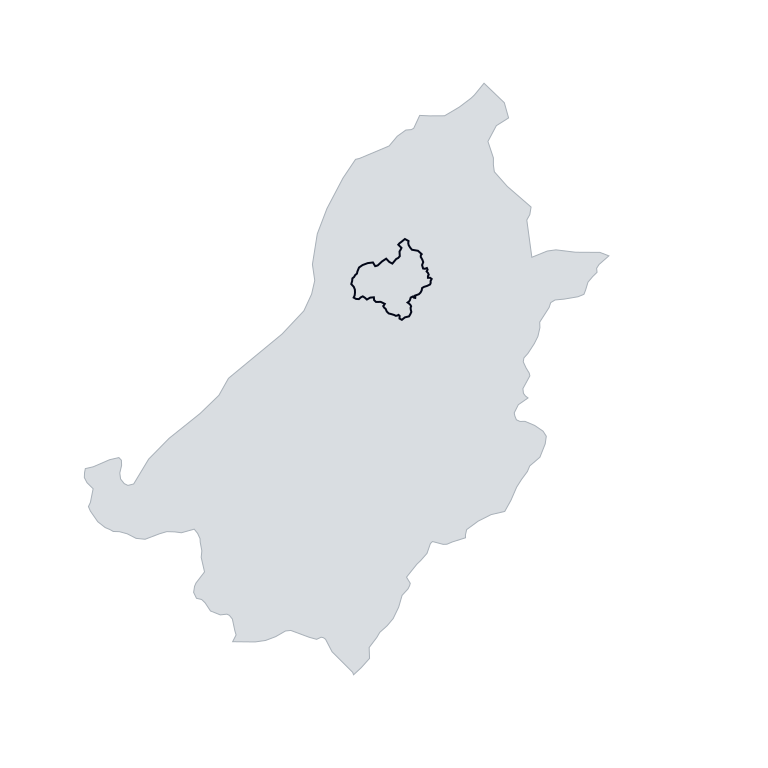 Targovishte highlighted on a map of Bulgaria, rotated 310°
{"feature_id": "BGR-2257", "entity_name": "Targovishte", "entity_type": "Province", "adm_level": 1, "iso_a3": "BGR", "parent_name": "Bulgaria", "parent_adm1": "", "projection": "robinson", "projection_center": [26.357, 43.248], "detail": "fine", "context": "in_parent", "style": "outline", "palette": "ink", "viewbox_px": 768, "rotation_deg": 310, "n_neighbors": 0, "source": "natural_earth", "source_scale": "10m", "svg_char_len": 3686}
<svg xmlns="http://www.w3.org/2000/svg" viewBox="0 0 768 768"><g transform="rotate(310 384 384)"><path d="M626.7,473.9L613.8,471.9L609.3,472.5L606.5,475.4L600.5,474.8L593.1,474.8L585.4,478.1L581.2,479.5L575.5,476.5L564.8,467.4L558.3,461.0L553.5,459.4L548.7,461.3L531.5,463.5L527.4,467.2L519.4,471.3L511.4,473.2L499.9,474.6L493.9,474.4L490.5,476.4L487.7,482.3L485.7,488.2L484.0,490.5L469.7,493.4L466.5,496.8L465.7,500.1L465.9,503.3L454.5,500.2L445.6,502.3L443.6,504.8L441.7,508.4L442.7,512.2L446.0,516.0L449.1,526.1L450.1,536.2L448.3,541.9L441.7,546.0L428.1,550.5L414.9,548.3L409.1,550.1L399.3,550.7L390.3,551.9L376.5,556.0L364.0,558.4L352.8,550.0L339.5,544.3L325.6,540.9L320.7,543.4L318.6,545.3L307.0,537.9L301.7,535.2L299.2,532.4L294.5,522.4L291.6,522.1L281.9,525.8L272.7,525.6L267.0,525.0L250.5,525.4L248.2,532.2L246.1,533.2L242.5,534.1L233.7,533.7L222.4,538.7L210.2,541.8L200.8,541.8L191.0,540.4L185.2,541.4L172.6,542.0L164.5,549.3L152.1,548.9L141.7,547.6L143.0,545.3L145.5,516.3L150.9,503.3L150.7,500.6L149.6,498.6L145.1,496.5L141.9,489.5L135.3,471.0L131.5,467.3L120.8,463.4L111.4,458.1L103.6,451.1L89.3,433.7L96.7,432.0L99.0,428.5L106.5,418.9L107.4,414.2L106.7,411.6L101.9,407.0L98.6,397.0L101.4,387.6L101.7,382.8L99.3,378.1L102.0,372.1L107.3,368.9L110.7,367.9L124.7,367.3L133.7,355.4L139.1,351.7L144.7,344.9L147.3,342.5L149.8,337.2L150.8,331.9L139.8,324.4L136.2,318.7L131.3,312.5L124.8,308.2L111.5,300.8L106.4,293.3L104.2,283.6L100.8,276.2L97.0,271.4L96.3,267.5L94.8,262.7L94.5,253.3L97.9,240.8L100.1,236.4L104.6,235.2L116.8,228.5L117.5,219.9L119.7,214.6L123.6,211.6L127.2,209.6L133.7,214.5L149.5,222.4L157.2,228.2L156.8,231.8L153.0,235.3L146.0,238.8L141.9,243.3L140.7,249.0L141.7,253.0L146.5,256.5L175.2,252.0L204.3,254.3L243.3,262.1L269.2,264.8L288.4,261.2L323.8,267.7L356.8,273.8L388.5,275.6L406.3,270.8L418.8,264.4L429.6,252.3L456.1,236.4L481.8,227.5L515.4,220.2L537.8,217.8L541.0,220.2L569.6,234.9L582.3,234.9L592.6,237.5L596.4,241.4L599.0,242.4L612.7,238.7L618.8,246.7L628.4,258.0L644.6,263.7L659.0,267.0L663.5,267.5L678.7,267.3L676.8,295.4L667.9,308.4L654.1,304.0L636.6,307.7L627.5,322.5L622.2,326.9L617.5,332.1L614.6,351.4L614.1,382.9L607.5,386.8L601.4,388.0L576.1,415.8L590.8,423.6L597.3,429.5L608.1,446.1L623.6,464.8L626.7,473.9Z" fill="#d9dde1" stroke="#a8b0b8" stroke-width="1"/><path d="M470.0,352.6L469.3,351.3L469.7,349.9L467.4,348.9L464.8,350.0L463.2,350.1L461.6,349.7L461.7,351.4L461.6,353.2L461.0,354.8L459.4,355.4L458.0,356.9L456.8,358.6L454.4,359.3L451.9,359.7L448.5,357.2L444.6,356.4L444.1,353.8L446.2,352.2L446.3,350.7L445.0,350.2L443.8,349.2L443.4,347.4L442.3,344.8L441.1,342.3L441.3,339.5L442.6,337.0L442.6,335.0L443.2,333.3L444.5,333.3L445.9,333.1L444.8,328.7L441.7,325.1L441.9,322.5L443.9,320.5L441.3,317.9L437.7,316.6L437.8,314.0L437.5,311.4L435.4,310.5L432.9,310.2L431.2,307.9L430.7,305.2L433.0,304.6L435.4,303.0L437.6,301.0L439.0,298.4L439.5,294.7L442.4,293.4L444.6,291.9L446.8,292.3L448.9,291.9L451.2,292.3L453.1,291.3L457.2,290.0L461.3,291.1L466.1,293.8L470.0,297.4L468.6,301.5L469.7,302.3L470.9,303.0L476.6,303.7L481.4,305.1L480.9,309.6L481.6,313.0L487.6,313.0L489.8,313.9L492.1,313.9L495.5,310.7L497.5,310.4L499.5,309.9L499.9,305.4L501.8,305.4L503.8,305.9L508.5,306.8L509.3,310.9L507.5,312.0L506.2,313.7L505.3,316.4L504.8,319.1L507.9,324.4L507.7,329.4L506.4,329.4L505.0,330.4L503.9,333.4L502.6,335.7L499.6,336.7L497.6,339.7L498.6,341.3L500.4,342.3L499.6,343.9L497.6,344.3L497.4,346.1L496.5,348.0L494.9,348.3L493.6,349.4L495.0,351.0L495.1,353.0L492.8,353.5L491.4,354.8L489.9,355.3L486.9,354.0L484.1,352.2L482.0,351.5L479.9,352.7L477.6,353.2L475.2,353.0L471.6,350.9L470.9,352.0L470.0,352.6Z" fill="none" stroke="#020617" stroke-width="2"/></g></svg>